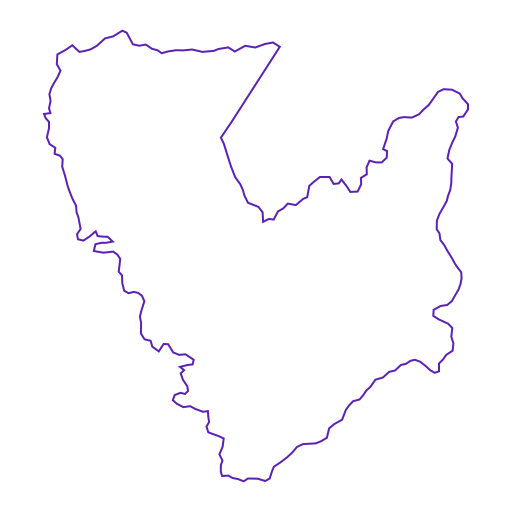 outline of Varjão, Goiás, Brazil
{"feature_id": "56859067B20794706091127", "entity_name": "Varjão", "entity_type": "district", "adm_level": 2, "iso_a3": "BRA", "parent_name": "Brazil", "parent_adm1": "Goiás", "projection": "mercator", "projection_center": [-49.607, -17.086], "detail": "fine", "context": "isolated", "style": "outline", "palette": "violet", "viewbox_px": 512, "rotation_deg": 0, "n_neighbors": 0, "source": "geoboundaries", "source_scale": "gbopen_adm2", "svg_char_len": 3328}
<svg xmlns="http://www.w3.org/2000/svg" viewBox="0 0 512 512"><path d="M452.0,89.7L443.7,89.2L438.0,91.9L432.9,99.2L428.7,105.0L423.2,109.9L419.0,114.3L411.9,117.6L404.1,117.1L398.9,118.0L393.2,121.4L388.3,130.8L386.7,138.5L383.1,149.1L387.1,151.1L386.7,157.7L381.7,162.4L376.0,162.4L369.5,160.7L366.6,167.3L366.8,174.3L360.9,177.9L361.2,184.2L357.6,191.6L350.3,191.9L346.8,186.4L341.4,179.5L338.8,183.4L333.6,183.9L329.6,177.0L319.9,177.0L313.5,182.1L309.3,185.9L307.2,197.2L303.1,198.9L295.9,205.1L287.8,203.6L283.4,208.3L277.9,211.5L273.7,219.6L269.0,218.9L263.1,221.8L262.6,212.2L258.3,206.8L248.0,202.8L244.2,195.0L243.0,190.3L240.4,184.4L235.2,177.2L230.8,165.9L223.7,143.4L220.9,137.7L231.7,121.7L279.8,46.8L273.0,42.5L264.9,44.0L255.3,47.5L245.2,45.8L234.8,51.5L228.2,47.4L218.5,49.0L213.7,50.9L202.4,51.9L192.1,49.5L183.1,50.4L176.1,50.2L168.2,51.4L161.7,53.2L157.4,50.2L152.0,48.8L145.8,44.6L139.2,45.7L132.9,44.3L126.7,32.7L122.3,30.7L113.1,36.4L105.0,38.4L97.0,45.7L90.7,49.3L85.0,50.9L79.4,51.9L72.3,45.3L65.2,50.2L57.4,54.4L56.8,64.2L60.5,70.7L57.6,77.1L53.5,83.9L51.1,88.5L49.4,94.3L50.6,101.0L49.0,108.2L50.4,113.1L44.0,114.0L45.7,118.2L49.0,121.9L49.0,128.3L46.9,137.3L49.6,144.1L55.3,147.8L54.6,153.8L60.0,155.7L62.7,159.2L62.2,166.6L65.2,176.5L67.6,185.8L69.0,190.0L72.3,198.4L76.1,205.8L76.5,212.0L78.4,217.4L80.6,229.0L77.0,234.2L78.0,239.3L83.4,240.6L89.7,236.4L95.7,231.3L97.6,236.0L102.0,236.6L107.7,236.8L112.7,241.6L106.0,242.8L101.3,242.8L95.5,244.2L93.8,251.0L103.5,252.7L113.1,251.6L117.2,254.4L120.2,258.8L119.6,264.5L118.7,271.7L122.0,275.4L122.3,283.3L124.2,290.7L128.5,293.2L133.9,291.9L138.1,292.9L141.9,295.7L144.4,301.2L141.7,309.6L139.9,316.5L141.1,322.8L140.9,333.5L144.6,339.3L150.6,340.8L152.3,346.6L158.8,351.4L163.6,344.0L168.1,344.2L173.2,352.4L179.2,354.9L185.5,354.3L193.7,359.8L192.6,364.4L187.6,365.0L180.0,366.9L184.1,370.2L180.7,373.4L182.9,379.7L187.2,386.2L188.1,390.9L185.0,394.0L180.6,392.8L174.7,395.0L172.8,400.2L176.8,403.7L183.3,407.1L190.2,406.2L195.2,408.9L203.0,411.8L207.9,411.1L208.3,417.0L209.1,422.0L206.5,426.6L208.3,432.3L212.8,434.0L218.7,436.1L223.7,438.5L222.6,446.8L219.4,454.3L222.5,460.7L220.9,464.9L220.8,471.6L222.1,476.0L228.4,475.6L232.5,478.0L237.8,479.0L243.7,481.3L248.0,478.5L257.7,478.7L265.2,481.0L269.7,478.5L272.0,471.3L273.9,466.7L280.3,462.5L287.1,457.3L292.0,452.8L297.0,446.9L303.0,444.1L315.6,443.4L320.9,441.3L326.9,437.8L329.1,428.4L334.1,424.2L342.1,419.7L345.9,409.8L348.9,405.7L353.1,401.2L359.5,399.5L363.3,395.1L366.4,390.4L370.4,386.9L375.4,379.7L382.9,377.5L389.2,371.8L394.9,370.6L401.0,364.9L405.8,363.9L410.5,360.8L415.0,359.8L420.1,361.7L425.3,365.7L430.2,370.2L434.7,372.8L439.0,371.3L439.0,363.5L443.0,359.5L446.3,354.8L452.6,350.7L453.4,343.5L451.3,336.6L452.3,328.0L448.1,323.7L438.6,319.3L433.3,315.9L433.6,309.9L440.4,306.0L447.2,305.0L452.0,300.9L454.8,295.9L458.6,289.4L460.6,283.7L461.6,278.1L461.2,272.2L458.1,268.3L455.0,263.8L451.5,257.4L447.0,250.2L444.2,245.0L440.4,240.1L439.5,233.5L436.7,229.2L436.9,220.6L439.4,214.0L443.0,207.8L446.8,200.9L448.0,195.9L450.3,189.7L451.3,182.9L451.4,177.7L452.2,163.9L447.5,158.5L449.3,149.9L452.3,142.5L455.2,136.7L457.9,127.7L455.9,121.5L458.5,117.1L463.3,116.5L468.0,109.4L468.0,104.2L462.3,98.0L459.8,93.6L452.0,89.7Z" fill="none" stroke="#5b21b6" stroke-width="2"/></svg>